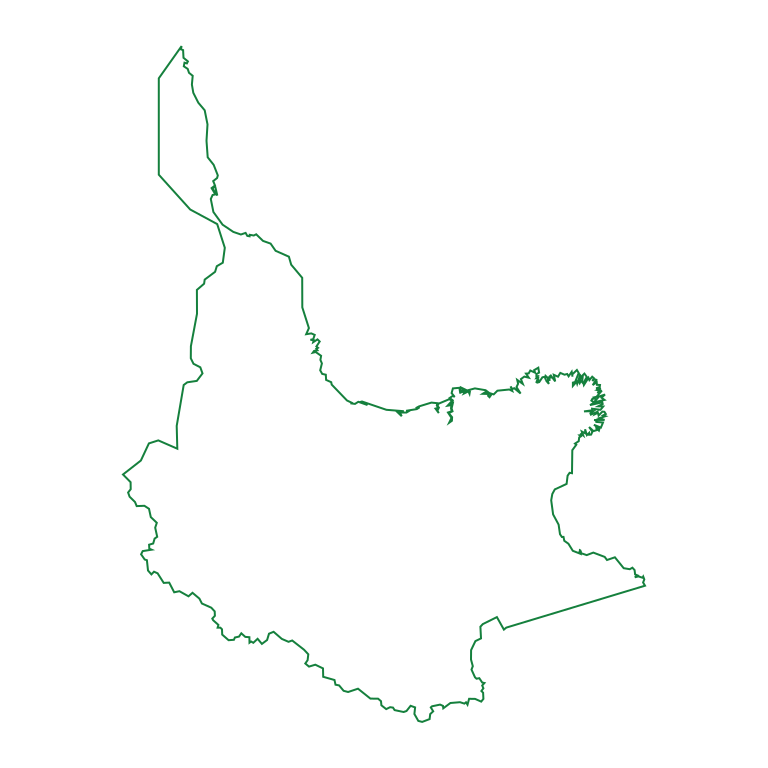 the district of Ijivitari District, Northern, Papua New Guinea
{"feature_id": "67681753B98961984818312", "entity_name": "Ijivitari District", "entity_type": "district", "adm_level": 2, "iso_a3": "PNG", "parent_name": "Papua New Guinea", "parent_adm1": "Northern", "projection": "mercator", "projection_center": [148.78, -9.036], "detail": "fine", "context": "isolated", "style": "outline", "palette": "green", "viewbox_px": 768, "rotation_deg": 0, "n_neighbors": 0, "source": "geoboundaries", "source_scale": "gbopen_adm2", "svg_char_len": 6115}
<svg xmlns="http://www.w3.org/2000/svg" viewBox="0 0 768 768"><path d="M475.4,641.1L481.0,638.4L480.4,626.7L482.8,624.1L496.9,617.1L503.9,629.6L506.3,627.6L645.0,585.7L643.1,582.5L644.3,579.4L643.2,576.5L642.5,577.7L638.4,576.4L634.8,577.3L637.5,575.4L635.1,574.4L634.6,570.1L632.4,567.7L629.8,569.2L623.7,568.2L614.9,557.3L607.0,560.0L604.7,556.9L593.3,552.6L586.7,555.1L580.8,553.1L579.1,551.3L580.2,553.7L572.8,550.8L568.4,543.7L564.3,540.8L563.5,536.9L561.9,537.0L560.0,534.2L558.6,524.6L553.1,514.4L551.2,500.3L552.3,494.0L554.8,489.4L566.6,483.9L567.6,475.7L569.6,472.8L572.0,473.2L572.3,450.2L576.3,444.7L575.0,443.6L578.7,441.2L579.2,437.4L580.8,436.4L579.6,435.3L581.6,435.1L580.6,433.3L583.2,435.4L581.8,431.5L585.2,433.3L585.1,429.3L586.9,435.1L589.1,432.9L589.2,434.8L591.1,434.6L592.4,431.7L589.1,427.0L593.5,431.1L596.8,430.1L596.4,428.2L598.9,430.6L599.6,428.2L593.9,424.8L600.9,427.6L603.0,422.5L596.3,421.9L596.1,420.4L594.1,420.0L604.6,419.9L599.2,418.2L605.4,416.2L603.1,415.4L605.8,414.0L604.4,411.8L602.4,411.6L598.6,415.5L597.9,412.8L595.2,414.1L596.5,412.2L590.9,414.6L590.4,413.3L593.4,411.1L584.0,411.4L592.3,410.3L592.1,408.7L600.5,409.8L603.2,406.5L598.2,406.3L602.7,404.0L602.3,402.3L590.0,405.1L595.0,402.1L604.5,399.9L601.5,397.7L605.0,394.5L599.1,396.5L593.9,402.2L591.4,400.6L592.4,398.8L595.0,398.6L593.9,397.4L596.5,396.8L601.9,390.6L597.4,393.0L599.6,390.7L597.3,390.1L600.9,388.7L596.1,388.3L599.7,387.0L600.0,385.0L596.9,384.8L596.7,382.1L592.7,385.1L596.2,379.8L594.2,379.0L592.5,381.1L593.8,378.1L592.2,376.7L589.4,380.1L588.5,377.8L583.9,385.0L583.5,383.0L586.8,376.9L584.4,373.6L582.9,375.1L582.1,382.1L581.0,380.8L579.7,383.2L579.0,381.7L581.5,376.5L580.1,375.0L577.2,383.8L576.6,381.7L572.9,385.9L572.9,382.6L575.1,382.0L578.7,373.0L576.9,370.0L572.2,374.5L572.5,376.7L571.7,371.8L568.6,376.3L567.2,374.0L564.5,374.7L560.3,372.9L558.0,376.7L553.8,374.8L555.2,381.4L550.8,375.5L549.6,376.5L550.5,377.6L548.9,377.8L549.6,379.9L547.6,380.7L548.9,383.9L546.7,381.3L547.8,377.9L545.6,375.9L545.2,378.2L544.6,376.8L542.4,377.3L539.2,382.1L538.1,382.4L538.2,380.9L536.2,382.9L538.1,377.8L536.4,378.1L537.7,376.2L536.4,376.3L536.4,374.1L539.1,372.6L538.3,367.7L534.2,370.1L535.1,372.7L530.3,370.5L528.7,373.4L526.0,373.6L528.8,377.7L524.3,376.6L520.9,379.1L522.8,383.9L517.2,379.9L518.1,383.7L516.5,387.1L520.6,393.5L514.2,388.2L512.3,389.1L510.6,386.4L512.3,391.0L509.3,389.5L497.4,390.7L493.7,394.4L490.5,393.4L491.2,394.8L489.5,397.2L488.1,395.8L489.1,394.0L482.7,393.8L485.6,392.0L489.8,393.4L485.6,390.2L474.9,388.4L468.1,390.2L469.9,391.5L469.5,393.8L468.4,391.4L464.0,393.5L465.0,391.7L462.1,392.0L462.6,390.2L467.4,390.6L460.8,387.4L460.3,393.6L459.4,387.8L452.9,388.4L451.6,393.1L454.7,396.9L452.7,395.9L449.7,398.0L452.8,400.4L451.7,402.4L453.0,402.5L451.6,408.4L452.5,411.3L448.7,413.1L452.1,417.2L451.9,420.8L449.2,422.7L451.5,417.9L448.0,412.5L451.7,411.3L451.0,408.3L451.6,403.6L450.1,405.3L447.6,405.7L452.1,400.8L449.3,399.2L438.3,403.8L437.6,406.1L438.9,407.6L437.4,410.8L438.8,413.1L435.5,408.6L438.1,407.9L436.8,405.4L437.4,403.2L431.4,402.6L419.0,406.4L415.7,408.2L419.6,407.3L416.8,409.1L406.1,410.8L409.0,411.0L406.5,412.5L399.9,412.5L401.7,416.2L397.2,411.9L403.8,411.2L386.4,409.8L362.0,401.5L360.9,401.8L366.5,404.0L367.4,405.0L358.3,401.8L355.0,403.9L350.4,403.3L352.7,403.2L347.0,400.5L331.7,384.6L331.2,382.2L326.1,379.9L325.8,374.7L322.2,373.9L320.2,370.3L321.9,363.4L320.4,359.9L321.1,355.8L315.7,352.0L312.8,352.7L314.1,350.9L317.4,350.3L316.3,348.8L318.0,347.8L316.4,346.5L319.7,341.5L317.5,339.4L313.2,342.2L313.7,340.2L310.4,339.8L313.2,339.2L314.7,334.9L311.3,333.4L306.2,334.2L308.9,328.1L302.3,307.4L302.2,277.8L291.2,264.7L288.9,256.7L275.6,250.8L270.6,243.6L263.0,240.9L256.2,234.3L253.8,235.5L249.7,234.8L249.6,236.3L247.3,235.9L245.6,232.9L240.9,234.5L233.3,231.9L222.6,224.7L213.4,212.0L210.8,199.0L212.6,195.0L215.4,194.4L211.6,188.1L215.0,185.5L213.2,181.1L217.1,178.0L217.8,175.4L213.7,164.9L207.7,157.3L206.5,140.8L207.5,124.4L204.7,110.3L198.3,102.7L193.3,92.8L191.9,84.6L192.7,75.8L189.0,72.8L187.7,68.9L183.8,66.3L184.5,62.7L186.9,63.4L187.9,61.4L183.5,57.8L183.1,50.1L180.9,49.3L181.6,46.1L158.8,78.3L158.8,174.7L190.2,209.5L217.2,224.1L224.8,247.8L222.8,262.7L216.8,266.2L215.1,271.8L204.7,279.6L204.1,283.7L196.9,289.9L197.0,313.8L190.9,346.2L190.8,358.3L193.5,363.8L200.3,367.3L202.5,373.4L196.8,380.9L187.3,382.3L183.7,385.0L176.7,425.9L177.3,448.7L158.3,440.4L148.9,443.4L140.9,460.5L123.0,474.5L130.6,482.2L130.7,489.2L128.1,492.5L129.6,496.7L135.0,502.0L136.7,506.1L144.4,505.8L149.0,508.8L150.8,517.1L156.8,522.8L155.2,527.7L157.2,536.8L154.6,538.6L153.2,543.5L149.1,544.7L149.3,548.7L151.6,549.7L142.7,551.1L141.1,554.3L144.7,559.5L146.9,560.2L148.0,570.5L151.4,574.4L154.0,571.7L157.6,573.3L163.7,582.9L169.2,582.6L174.2,592.3L179.4,591.2L188.5,596.3L192.5,592.8L199.4,598.6L201.9,603.5L211.3,607.7L214.7,611.4L214.9,615.8L212.3,618.6L213.2,620.3L218.4,624.9L217.6,627.7L220.4,627.7L222.0,629.3L222.2,634.6L228.6,640.2L233.9,639.8L234.9,637.5L239.0,636.6L241.3,633.3L245.3,636.9L249.4,637.2L249.5,642.7L251.1,641.5L253.3,642.8L257.6,638.8L261.9,643.9L267.1,640.0L269.0,633.7L273.6,631.8L281.8,638.9L288.5,641.8L292.2,640.5L304.0,649.7L308.3,654.3L307.6,660.2L305.3,663.5L309.0,666.6L315.3,664.7L323.0,668.4L323.2,676.8L334.5,680.0L335.5,684.7L339.1,685.4L343.6,690.8L348.1,692.0L358.0,688.7L370.4,698.6L378.1,698.7L381.0,701.2L381.4,705.3L386.2,709.1L390.1,707.2L393.0,707.6L394.6,710.1L403.5,712.0L406.5,711.0L410.6,705.8L415.1,707.4L414.4,714.0L418.3,720.9L422.2,721.9L429.6,719.1L430.2,714.1L433.2,711.3L430.8,707.4L432.0,706.3L440.1,704.6L443.0,705.9L443.3,708.3L450.4,703.0L460.0,702.2L464.4,703.6L466.0,702.3L467.5,704.7L469.1,698.8L475.1,698.9L481.2,701.6L483.4,698.9L483.1,692.7L481.4,691.0L483.4,688.3L482.2,685.5L484.4,683.0L482.2,682.5L479.3,678.2L476.5,678.7L475.0,677.3L471.5,669.6L472.8,666.2L471.0,659.5L471.1,650.1L475.4,641.1ZM217.3,195.5L215.3,187.0L214.1,186.6L212.6,188.7L217.3,195.5ZM581.2,552.5L580.3,550.4L579.9,550.2L579.8,551.2L581.2,552.5Z" fill="none" stroke="#15803d" stroke-width="2"/></svg>